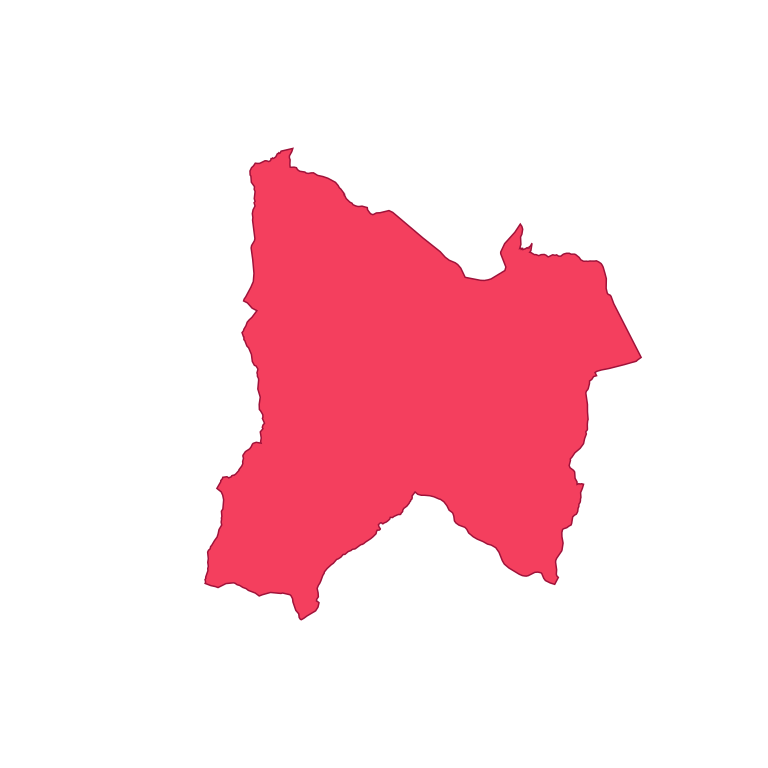 the district of Racos, Brasov, Romania, rotated 64°
{"feature_id": "2599482B67476847069739", "entity_name": "Racos", "entity_type": "district", "adm_level": 2, "iso_a3": "ROU", "parent_name": "Romania", "parent_adm1": "Brasov", "projection": "albers", "projection_center": [25.432, 46.029], "detail": "fine", "context": "isolated", "style": "filled", "palette": "rose", "viewbox_px": 768, "rotation_deg": 64, "n_neighbors": 0, "source": "geoboundaries", "source_scale": "gbopen_adm2", "svg_char_len": 6170}
<svg xmlns="http://www.w3.org/2000/svg" viewBox="0 0 768 768"><g transform="rotate(64 384 384)"><path d="M559.6,561.6L559.4,558.6L558.7,554.8L557.9,544.9L555.6,541.1L552.1,538.3L550.2,539.1L549.5,539.8L548.1,539.0L546.5,536.3L542.9,534.8L538.4,533.7L536.1,531.1L535.0,529.2L533.2,527.0L529.3,523.0L527.9,520.8L526.8,520.0L524.9,516.0L523.3,510.6L522.9,508.1L520.9,503.5L521.1,501.8L520.7,498.6L519.3,495.5L520.0,493.8L518.9,489.6L519.2,486.6L518.8,485.5L518.9,484.1L519.5,482.5L519.4,481.5L518.4,476.2L518.3,474.7L518.6,474.0L518.6,472.3L518.0,470.1L517.2,463.8L516.5,460.9L515.1,456.8L513.4,455.5L512.4,454.2L513.2,452.4L513.0,451.2L512.5,450.8L510.1,451.1L508.0,450.7L507.3,448.4L507.4,447.5L508.1,446.9L508.9,446.7L509.2,446.2L508.9,444.3L509.1,442.9L508.8,440.9L508.0,438.2L506.6,436.8L507.8,434.8L507.4,433.3L507.5,429.1L507.6,428.3L508.4,426.6L508.3,426.0L507.4,424.8L507.1,423.7L506.6,423.0L505.7,422.5L504.5,420.8L503.8,417.0L502.1,413.5L501.4,412.8L500.8,411.4L500.0,410.8L499.6,409.4L498.7,408.6L496.9,407.8L494.7,403.4L497.9,402.0L500.4,399.2L501.8,396.3L504.5,391.8L507.3,388.5L511.5,384.9L512.4,383.8L516.1,381.8L521.0,380.8L525.9,380.8L529.2,379.1L530.3,378.8L533.4,379.2L537.9,380.7L540.4,380.3L543.6,378.6L548.3,374.1L550.9,373.3L555.0,373.2L560.4,370.8L564.3,368.2L569.1,364.0L573.2,361.2L575.8,358.2L580.1,355.3L585.7,354.4L594.7,355.1L598.6,354.8L604.1,352.4L614.2,345.9L616.8,343.7L617.9,342.2L619.0,340.4L619.5,338.4L619.4,331.0L620.5,328.2L622.4,325.8L623.4,325.3L628.7,325.6L631.4,325.1L635.7,321.8L638.9,318.4L634.3,312.1L632.2,312.8L630.5,312.5L626.7,310.3L619.4,307.9L617.9,307.0L616.4,305.3L611.9,297.4L611.0,296.6L605.5,292.8L599.2,291.0L595.5,289.3L593.1,287.3L592.8,286.2L593.3,282.7L592.8,280.1L592.7,277.6L591.5,276.4L586.2,272.7L585.4,270.3L585.3,268.2L584.4,266.9L583.5,265.8L580.7,264.0L579.7,262.7L577.5,261.5L576.4,259.7L575.2,258.7L573.6,257.9L572.2,256.7L567.8,254.9L564.8,251.5L561.6,248.6L560.3,250.1L559.8,251.7L559.0,252.6L558.9,254.5L556.5,253.4L552.5,253.6L546.6,251.2L544.7,251.5L540.8,253.5L538.4,253.3L534.4,249.9L533.0,249.4L532.2,247.3L529.5,242.6L527.8,235.9L525.1,230.8L521.0,227.6L517.6,224.0L515.7,223.7L515.2,223.3L514.6,221.8L513.9,221.0L509.5,219.0L506.5,217.2L505.3,216.1L498.2,213.3L491.6,210.1L480.4,206.5L479.0,205.0L478.4,203.4L477.6,202.4L473.8,199.2L471.4,197.9L471.0,195.3L469.2,192.4L469.7,189.3L466.2,189.3L465.9,187.1L466.7,182.4L468.7,175.0L471.9,159.6L474.1,147.2L473.6,145.8L472.8,141.2L412.6,142.3L404.7,141.5L403.3,141.8L401.7,143.2L400.2,143.5L395.4,142.4L386.8,138.0L381.4,136.9L375.1,135.8L372.9,135.8L370.9,136.1L368.4,137.5L366.4,139.1L365.8,141.0L363.7,145.1L363.2,146.9L362.3,148.3L361.2,150.8L358.6,152.7L355.8,153.1L351.7,155.0L350.7,156.0L349.3,159.0L347.8,160.1L346.5,162.7L346.0,165.2L346.0,166.3L346.6,169.0L345.7,171.0L343.6,172.2L343.3,173.9L342.1,175.3L341.8,175.9L341.8,180.4L341.5,180.9L339.4,181.8L337.8,183.2L336.6,186.1L336.5,188.6L334.3,190.7L333.6,192.2L330.3,194.3L329.5,195.3L328.5,193.5L322.9,189.6L322.7,189.7L324.3,192.2L324.4,193.5L325.3,194.0L324.7,195.5L324.3,195.5L324.2,196.0L324.4,197.6L324.1,200.2L322.9,200.0L323.1,201.6L321.9,201.4L321.7,202.7L318.6,199.8L311.7,196.8L309.8,194.4L305.7,191.5L302.8,191.0L300.0,191.4L305.0,199.9L310.7,214.0L316.6,221.3L318.1,222.0L332.3,223.2L335.0,225.6L336.5,241.7L336.0,244.8L335.0,248.3L333.2,251.7L323.7,264.3L313.5,264.2L308.9,265.4L306.2,266.9L301.4,271.1L296.9,273.4L289.7,275.5L269.8,285.0L233.6,300.9L230.3,303.5L228.3,312.6L226.9,315.9L227.0,319.0L226.8,319.9L225.4,321.2L224.2,321.7L220.2,322.4L218.1,321.7L214.5,325.8L213.5,328.7L212.9,329.8L211.4,331.5L209.2,333.3L207.5,333.5L205.5,335.0L200.8,336.7L197.4,336.7L197.2,337.0L196.2,336.3L195.7,336.8L195.0,336.4L189.7,337.4L188.1,338.1L185.6,338.2L181.5,339.2L174.5,344.2L170.8,347.9L167.4,352.2L163.3,354.8L162.3,357.0L161.6,359.6L160.4,361.4L158.8,362.2L155.8,366.5L153.4,367.8L151.2,367.9L149.7,369.7L148.4,372.7L147.9,373.3L145.3,372.3L141.3,370.1L139.3,369.9L137.5,369.0L134.8,365.1L132.3,362.7L129.6,374.4L130.8,376.2L130.8,376.8L130.1,377.2L130.6,377.7L130.3,378.4L130.3,378.9L132.4,381.7L132.6,382.8L132.8,384.3L132.6,384.8L132.0,385.1L132.3,385.9L131.9,386.7L133.0,387.5L133.5,388.4L133.6,389.3L133.5,390.1L132.1,391.5L131.2,393.0L131.2,399.0L130.3,401.0L129.1,402.9L130.7,405.6L131.5,408.2L133.8,411.1L137.5,412.7L138.8,412.5L144.5,414.8L149.9,413.9L152.0,415.3L154.5,415.5L160.6,419.4L163.4,419.8L164.1,421.3L167.5,421.9L170.0,425.3L173.2,427.7L176.9,428.9L179.1,430.3L196.7,436.3L198.4,437.6L201.5,442.3L203.5,443.8L214.5,447.4L227.6,452.4L234.7,456.6L238.7,461.3L245.0,470.0L246.4,472.5L247.8,473.8L251.2,471.2L258.0,469.3L262.4,466.1L266.2,473.5L267.2,476.9L268.5,479.9L271.1,482.5L273.3,485.9L274.6,487.0L275.6,489.1L279.9,489.6L280.3,489.3L282.8,490.5L283.9,490.1L289.8,490.6L292.2,489.8L299.3,490.2L306.1,492.5L310.4,492.3L311.7,491.1L315.0,490.8L315.9,491.2L318.3,493.3L319.7,493.5L321.6,494.4L324.0,494.4L325.4,494.9L333.2,499.6L341.6,501.0L347.6,505.1L352.3,507.2L354.1,506.7L358.5,506.4L360.8,507.4L361.6,508.4L366.9,508.6L367.8,510.7L369.6,512.4L371.1,512.4L372.8,516.2L378.7,518.0L381.8,520.2L383.3,520.4L380.4,524.4L380.0,527.6L380.4,528.7L382.2,530.9L383.4,533.2L384.0,538.2L386.1,541.8L386.8,542.4L389.2,542.9L391.8,545.1L393.7,545.8L395.3,547.7L397.5,552.0L398.1,552.3L399.9,556.7L400.3,558.8L399.9,559.3L399.7,561.0L400.4,562.1L400.3,564.7L398.5,565.8L397.2,569.8L398.2,570.7L399.2,573.0L400.3,573.6L404.6,580.0L409.6,577.6L413.2,577.7L417.8,578.9L425.7,583.6L427.1,585.9L432.0,587.8L433.3,589.0L434.0,589.0L436.7,590.9L439.6,591.7L442.5,596.1L446.0,598.8L448.4,601.1L450.4,604.9L453.5,609.6L454.1,611.1L455.9,612.5L456.5,614.6L457.8,616.2L464.0,618.5L467.1,620.6L470.8,621.8L472.6,623.3L474.6,624.1L479.4,628.9L480.7,629.5L481.3,630.6L483.9,631.2L484.8,632.2L489.3,628.0L492.2,624.3L494.2,622.4L494.1,613.5L496.7,606.5L497.7,605.3L500.0,604.0L501.8,602.0L504.9,600.1L507.5,597.6L510.0,596.4L515.5,591.3L519.8,589.1L520.1,585.6L521.6,577.4L527.1,568.4L527.4,566.8L532.1,561.0L533.3,560.4L536.9,560.3L540.0,561.4L548.8,562.5L553.2,561.4L556.7,562.6L558.9,562.3L559.6,561.6Z" fill="#f43f5e" stroke="#9f1239" stroke-width="1.5"/></g></svg>